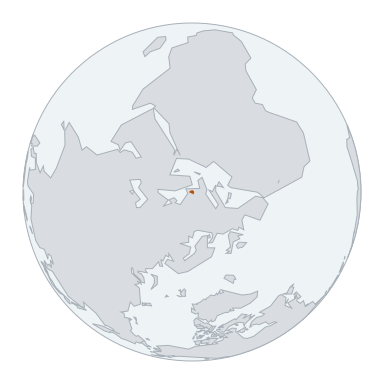 Haskovo highlighted on a globe, orthographic projection, rotated 188°
{"feature_id": "BGR-2232", "entity_name": "Haskovo", "entity_type": "Province", "adm_level": 1, "iso_a3": "BGR", "parent_name": "Bulgaria", "parent_adm1": "", "projection": "orthographic", "projection_center": [25.843, 41.878], "detail": "fine", "context": "on_globe", "style": "filled", "palette": "amber", "viewbox_px": 384, "rotation_deg": 188, "n_neighbors": 0, "source": "natural_earth", "source_scale": "10m", "svg_char_len": 11108}
<svg xmlns="http://www.w3.org/2000/svg" viewBox="0 0 384 384"><g transform="rotate(188 192 192)"><circle cx="192" cy="192" r="169" fill="#eef3f6" stroke="#a8b0b8"/><path d="M132.0,34.0L136.6,32.8L131.8,34.4L134.4,33.8L140.6,31.9L144.0,30.8L161.4,29.2L181.9,27.6L188.3,26.2L187.0,27.6L199.0,24.8L210.1,25.2L197.6,25.4L196.4,26.1L203.9,26.4L204.3,27.3L208.1,28.0L207.9,29.1L200.6,29.6L200.3,30.5L205.7,30.7L208.8,32.3L201.0,31.7L205.6,34.5L194.3,36.8L173.6,35.9L167.2,39.6L145.8,45.3L147.8,46.3L140.9,49.7L140.5,52.1L136.7,52.9L139.8,54.3L143.4,53.2L145.9,53.5L146.1,55.0L141.1,56.1L140.4,55.5L139.0,56.6L136.5,56.6L137.8,57.4L131.8,58.8L137.9,59.7L133.2,62.8L129.2,63.1L129.5,60.1L120.9,54.6L116.9,54.7L111.0,57.5L100.2,68.7L95.9,70.4L90.1,74.8L92.5,75.0L97.9,71.7L101.0,73.7L107.2,69.9L109.4,70.3L115.8,68.0L114.9,71.7L110.6,76.7L105.2,79.0L103.2,81.4L108.4,82.3L98.4,89.9L92.0,101.0L89.5,102.9L84.2,100.5L84.0,92.5L77.2,90.9L81.7,95.6L75.1,100.7L74.1,103.3L74.5,105.3L77.0,104.9L74.8,107.6L69.6,103.6L71.5,101.1L73.1,102.2L73.0,98.7L69.4,96.8L66.4,99.9L64.2,94.8L62.0,97.1L60.3,97.6L63.9,94.1L57.3,100.4L54.3,98.0L45.2,109.9L54.0,96.5L57.1,91.5L60.1,86.9L58.6,88.7L64.5,81.1L64.8,80.8L72.9,72.2L81.5,64.1L90.7,56.7L100.4,50.0L110.6,43.9L121.1,38.6L132.0,34.0ZM29.0,147.6L28.5,150.3L26.6,157.6L27.7,154.4L26.3,161.1L26.1,173.0L25.7,173.7L25.2,192.6L27.7,207.8L28.3,215.8L27.7,217.8L29.2,222.7L29.3,225.0L38.1,244.4L44.8,258.3L46.1,265.7L43.4,267.7L48.0,280.2L47.2,279.1L41.2,268.2L36.0,257.0L31.7,245.3L28.2,233.4L25.6,221.3L23.9,209.0L23.1,196.7L23.2,184.3L24.2,171.9L26.2,159.7L29.0,147.6ZM43.0,113.2L35.9,130.0L37.5,124.3L37.7,124.5L40.0,119.3L43.4,112.0L45.5,107.9L43.0,113.2ZM45.2,111.9L46.2,109.5L45.5,111.4L45.2,111.9ZM145.5,30.3L140.7,31.8L134.9,33.5L138.9,32.1L145.5,30.3ZM156.4,28.3L154.3,29.0L151.6,29.0L153.6,28.5L156.4,28.3ZM192.8,25.3L188.8,25.4L192.6,25.1L192.8,25.3ZM208.7,28.0L209.7,27.8L211.3,28.3L208.7,28.0ZM115.9,66.1L115.8,67.0L114.6,67.0L115.9,66.1ZM118.7,64.4L117.4,63.7L118.5,62.8L119.3,63.2L118.7,64.4ZM212.4,30.5L214.5,31.6L211.1,30.6L212.4,30.5ZM120.1,65.5L120.7,61.2L122.7,59.7L127.5,60.2L120.1,65.5ZM215.0,32.3L220.4,35.4L223.1,35.1L218.4,38.1L215.4,34.3L210.7,32.9L214.1,33.1L215.0,32.3ZM144.5,52.2L140.6,53.5L143.7,51.1L144.5,52.2ZM145.8,50.7L151.6,43.7L157.3,42.9L154.2,45.2L161.5,43.3L161.5,46.3L157.5,48.0L153.8,47.9L156.6,49.2L145.8,50.7ZM215.0,39.5L215.2,40.5L213.6,39.6L215.0,39.5ZM147.2,53.5L147.8,52.0L152.9,51.2L152.5,53.9L151.0,53.3L147.2,53.5ZM163.5,41.5L167.1,41.5L168.1,43.9L169.7,44.3L162.0,46.3L163.5,41.5ZM149.9,54.3L152.1,55.4L149.9,57.2L146.9,54.9L149.9,54.3ZM154.3,49.8L156.7,49.6L155.3,50.6L154.3,49.8ZM143.2,64.8L143.9,62.8L146.6,62.2L143.2,64.8ZM153.1,55.7L153.9,55.1L155.0,54.7L156.0,55.9L153.1,55.7ZM163.2,48.0L162.8,49.1L166.4,47.2L167.3,49.1L162.0,50.2L164.6,50.6L164.9,51.2L160.3,51.5L163.2,48.0ZM160.4,55.8L154.0,58.3L152.1,62.0L149.7,62.6L153.1,56.6L160.4,55.8ZM160.7,53.2L160.0,54.9L157.3,54.7L156.2,53.4L160.7,53.2ZM169.8,50.1L169.8,46.9L170.9,46.7L169.8,50.1ZM160.4,56.9L161.9,56.3L160.5,57.2L160.4,56.9ZM167.5,52.2L167.3,51.0L168.6,50.9L167.5,52.2ZM165.1,56.2L163.0,57.0L162.2,56.0L165.1,56.2ZM166.6,54.4L168.4,54.6L163.2,55.3L166.3,53.9L166.6,54.4ZM168.7,52.3L169.5,51.8L168.6,52.8L168.7,52.3ZM169.4,59.5L162.9,60.7L161.2,58.5L167.7,57.7L169.4,59.5ZM89.8,265.8L79.6,239.2L84.6,232.6L85.4,221.9L119.8,196.3L127.1,200.9L154.2,201.7L157.6,203.7L154.5,212.4L174.8,225.3L181.4,218.3L199.8,224.1L212.0,223.1L216.3,205.9L196.3,207.3L192.7,199.1L208.8,190.8L226.2,189.9L225.4,186.7L214.4,180.7L218.3,174.1L210.5,178.1L213.7,181.1L208.9,183.9L205.7,181.3L207.2,179.0L201.9,177.9L196.0,189.9L198.6,194.3L184.8,196.6L187.8,204.4L184.0,207.9L177.5,196.3L178.2,192.0L166.1,178.7L164.2,183.3L175.5,196.3L171.9,195.2L169.5,202.2L168.6,196.0L156.8,181.2L144.3,182.1L128.4,196.7L121.1,196.2L115.0,190.7L120.7,173.5L136.4,176.7L138.7,171.3L135.5,161.7L140.5,163.7L141.2,160.4L147.1,161.2L155.4,154.6L161.4,154.7L164.7,144.8L168.3,143.7L165.3,149.8L166.5,154.3L181.4,154.9L184.3,152.9L185.2,146.6L189.2,147.8L188.2,141.7L196.8,139.3L185.5,137.3L186.3,130.4L191.4,125.3L189.7,122.9L181.2,131.3L179.7,135.1L181.6,138.8L175.7,149.5L170.6,151.0L169.1,138.9L161.6,139.8L163.7,130.5L185.2,112.6L194.2,109.3L209.0,117.5L206.9,121.9L200.6,120.9L206.4,127.8L206.0,124.3L209.3,125.6L210.9,119.9L213.3,120.5L210.7,114.2L213.8,114.3L215.4,118.3L220.5,110.6L227.1,109.7L227.0,107.7L225.1,105.8L234.7,106.2L234.3,104.8L231.0,104.0L227.9,100.8L226.3,95.3L229.7,95.7L230.8,97.7L238.1,102.9L240.3,108.6L241.6,108.2L240.4,103.4L231.5,97.1L229.5,93.7L234.1,96.1L232.3,95.0L232.4,93.4L235.7,92.5L230.8,89.6L227.3,73.9L233.3,70.8L237.8,74.4L238.9,65.2L245.6,63.3L242.5,62.5L241.0,58.1L238.9,58.6L237.3,57.9L232.4,47.9L233.9,46.2L228.3,41.8L226.7,41.5L225.3,42.4L218.4,38.1L223.1,35.1L226.5,35.8L227.2,33.7L234.7,35.9L241.2,37.1L249.1,41.3L253.6,42.2L253.3,41.3L259.2,42.2L272.3,47.7L262.9,47.0L243.5,41.3L251.5,43.7L250.0,44.5L253.1,46.2L258.7,48.1L259.2,47.4L269.9,58.4L284.1,67.8L282.3,63.1L285.4,62.8L299.9,71.4L319.2,94.0L323.5,95.4L326.6,98.5L329.0,103.8L324.6,99.2L323.4,100.7L320.5,97.6L323.0,105.0L319.0,100.9L322.8,109.1L325.9,110.7L325.3,105.3L330.3,114.7L335.0,115.8L340.1,122.4L347.8,143.2L348.7,155.4L349.7,158.2L347.7,158.8L348.6,167.8L355.3,175.2L356.4,179.3L356.2,193.9L355.5,191.1L350.2,192.6L351.8,203.6L355.9,204.9L357.5,211.9L355.4,214.1L353.6,208.3L351.6,208.5L350.3,199.5L345.1,189.9L342.9,197.2L341.3,192.0L333.9,186.3L329.7,196.6L324.3,220.6L326.5,234.6L323.3,243.8L312.1,230.3L306.7,218.1L302.9,222.2L291.2,215.4L271.6,223.9L268.6,221.0L265.0,224.3L256.7,223.1L252.1,217.7L247.1,219.6L259.5,233.4L264.8,231.3L268.9,223.1L271.4,228.5L279.3,230.8L271.3,248.6L242.0,269.4L238.8,259.1L214.8,231.2L215.3,227.4L215.2,227.0L214.9,226.3L213.0,232.5L208.8,226.6L222.0,247.5L224.3,256.5L241.6,270.1L240.0,272.1L245.5,274.2L262.5,265.5L262.7,269.1L254.8,287.1L230.9,311.6L233.9,322.7L231.9,331.9L216.7,339.4L217.8,344.9L209.8,347.5L209.1,350.3L202.6,353.3L191.8,355.8L173.8,355.2L172.9,353.2L164.2,348.0L152.3,332.8L157.1,326.1L155.5,319.6L142.5,302.3L145.4,293.5L141.8,288.8L134.5,288.4L130.4,282.6L126.0,281.4L98.2,275.9L89.8,265.8ZM108.1,212.7L107.2,215.9L108.1,212.7ZM245.1,197.3L255.3,195.2L250.1,185.6L253.7,184.1L250.6,181.6L249.7,184.9L242.2,177.6L246.4,173.3L244.8,168.8L241.3,169.4L234.8,178.7L245.6,189.0L243.5,194.0L245.1,197.3ZM26.2,173.3L25.9,176.2L25.8,174.2L26.2,173.3ZM36.5,126.2L35.6,128.7L34.7,131.0L35.2,129.5L36.5,126.2ZM32.0,146.5L31.6,150.0L31.5,147.6L32.0,146.5ZM35.1,132.5L32.3,144.1L32.2,140.4L34.2,133.3L33.6,136.5L35.1,132.5ZM43.1,114.4L42.2,116.4L41.7,117.1L43.1,114.4ZM44.7,113.3L44.8,112.8L45.7,111.1L44.7,113.3ZM75.5,100.9L75.8,101.3L75.7,103.7L74.6,103.3L75.5,100.9ZM81.9,111.2L78.2,115.4L80.1,111.9L77.9,111.9L79.1,104.9L88.2,103.5L83.9,105.2L81.9,111.2ZM83.3,95.7L81.5,99.9L83.1,95.3L83.3,95.7ZM138.8,142.6L140.8,145.3L138.5,148.8L130.9,149.6L134.1,144.5L138.8,142.6ZM144.2,148.4L144.8,136.7L149.6,136.0L146.8,138.3L149.9,139.0L146.2,143.0L150.1,154.2L148.4,158.1L135.2,156.9L140.5,155.0L138.2,152.3L144.2,148.4ZM138.1,111.4L138.4,107.3L148.3,111.0L146.8,114.5L139.2,115.3L136.4,111.7L138.1,111.4ZM128.4,67.5L127.9,66.4L129.3,66.0L130.8,66.6L128.4,67.5ZM143.3,64.0L132.0,72.4L130.9,71.5L125.7,78.1L120.6,78.2L124.1,73.8L116.3,79.1L117.5,75.2L112.5,79.1L121.0,69.3L121.7,66.3L122.8,69.6L127.5,69.5L129.7,68.6L136.6,63.9L140.5,57.8L145.7,57.1L148.3,58.2L148.2,59.6L144.9,59.5L147.1,61.4L142.1,62.4L143.3,64.0ZM176.4,77.0L172.6,75.5L176.2,81.1L171.3,81.4L172.0,82.1L168.5,84.0L165.4,87.6L163.2,87.2L163.0,88.8L160.6,90.3L159.5,92.4L155.1,92.6L153.5,95.3L152.4,93.8L150.7,98.5L150.0,95.2L146.8,97.0L149.2,99.2L128.1,96.9L119.8,99.1L113.2,102.9L112.9,97.2L118.7,90.2L127.5,83.8L135.6,82.7L133.9,80.5L137.3,79.5L137.2,81.7L139.4,77.7L142.1,77.5L149.9,72.9L151.4,67.8L154.3,66.2L155.1,68.1L157.4,65.2L160.9,67.8L163.1,66.8L168.6,68.5L168.9,73.0L171.3,71.6L175.7,73.0L176.4,77.0ZM170.9,60.1L172.3,65.1L170.3,67.8L161.5,63.8L159.0,64.3L153.3,62.2L156.3,58.4L157.6,59.3L159.7,59.3L157.9,60.5L160.8,59.6L162.8,60.9L165.6,60.6L165.3,62.3L170.9,60.1ZM161.5,200.7L164.1,201.3L168.2,201.3L166.7,205.9L161.5,200.7ZM153.2,190.7L155.6,190.4L155.5,196.5L152.8,196.0L153.2,190.7ZM157.0,185.3L155.8,189.9L154.8,187.1L157.0,185.3ZM167.5,149.3L170.1,148.7L170.3,150.2L168.8,152.4L167.5,149.3ZM186.2,95.0L184.3,93.3L185.0,92.6L183.9,87.8L187.5,87.3L189.6,90.1L186.2,95.0ZM212.8,209.2L209.3,212.8L207.4,211.4L209.0,210.4L212.8,209.2ZM186.9,210.1L192.8,212.2L186.4,211.3L186.9,210.1ZM189.9,93.7L189.0,91.7L191.3,92.7L189.9,93.7ZM190.1,86.8L192.8,87.6L187.8,86.7L190.1,86.8ZM260.0,324.0L247.5,340.4L239.8,342.3L238.9,339.0L243.8,329.8L252.9,325.0L257.5,319.5L260.0,324.0ZM358.1,222.8L358.0,223.7L357.0,227.4L357.6,224.0L359.1,217.2L358.1,222.8ZM357.5,224.4L355.4,226.2L349.5,219.4L351.7,215.9L357.3,215.2L357.0,217.8L358.3,217.8L357.5,224.4ZM360.4,206.1L360.3,207.0L359.9,209.5L359.7,204.6L359.9,199.7L360.3,197.1L359.7,174.3L359.9,173.6L360.6,182.0L360.7,182.7L360.4,206.1ZM327.2,235.4L330.8,240.8L328.8,244.1L327.2,235.4ZM357.7,161.5L359.1,171.1L357.3,160.1L357.7,161.5ZM355.6,152.6L356.4,155.0L355.8,154.1L355.6,152.6ZM351.3,162.0L351.0,165.4L350.1,163.6L350.1,158.1L351.3,162.0ZM344.0,128.2L347.1,133.6L348.1,136.0L346.5,134.0L344.0,128.2ZM219.1,89.7L216.6,96.6L217.3,101.8L221.3,104.9L214.6,103.7L213.6,95.6L219.1,89.7ZM225.9,75.6L222.3,73.3L224.5,72.6L225.6,73.1L225.9,75.6ZM223.3,75.4L217.8,75.9L216.2,73.5L220.9,73.6L223.3,75.4ZM203.8,84.3L202.9,86.3L201.0,85.3L203.8,84.3ZM358.4,162.6L358.7,164.4L357.9,159.8L358.4,162.6ZM356.6,153.8L357.5,158.1L356.0,151.6L356.6,153.8ZM357.2,157.3L356.4,154.5L356.2,152.7L357.2,157.3ZM356.3,152.6L354.7,146.7L355.3,148.8L356.3,152.6ZM354.3,148.4L355.2,148.9L355.5,152.7L351.6,143.0L351.2,140.2L354.3,148.4ZM327.8,96.0L325.8,94.1L324.4,91.3L326.2,93.4L327.8,96.0ZM317.8,81.5L323.3,90.0L327.4,97.4L327.9,96.9L332.0,102.4L329.3,100.8L323.8,92.5L321.3,87.8L317.6,83.8L313.7,78.7L309.2,75.3L306.4,72.4L309.7,74.1L317.8,81.5ZM307.4,74.1L298.2,67.4L297.1,64.3L298.9,65.1L303.5,69.3L303.9,70.7L307.4,74.1ZM295.7,65.0L295.9,66.4L282.9,61.8L279.9,60.1L289.2,61.4L289.9,62.9L293.3,64.7L295.7,65.0ZM216.9,40.5L215.4,40.5L216.2,39.8L216.9,40.5ZM236.2,58.3L234.1,57.3L235.2,56.4L236.2,58.3ZM229.1,54.1L229.3,55.8L227.7,53.8L229.1,54.1ZM230.1,59.9L228.8,56.4L232.1,60.0L230.1,59.9Z" fill="#d9dde1" stroke="#a8b0b8" stroke-width="1"/><path d="M193.6,192.0L193.4,192.2L193.2,192.2L193.1,192.3L193.1,192.5L192.9,192.5L192.9,192.4L192.6,192.4L192.5,192.5L192.4,192.7L192.3,192.8L192.2,192.9L192.0,192.7L191.9,192.7L191.7,192.8L191.7,192.7L191.6,192.8L191.5,192.7L191.5,192.4L191.4,192.3L191.2,192.3L191.0,192.2L190.9,192.1L190.7,192.2L190.6,191.9L190.8,191.8L190.8,191.7L190.8,191.4L190.8,191.2L190.9,191.3L191.0,191.3L191.2,191.2L191.3,191.1L191.5,191.1L191.5,191.3L191.6,191.2L191.7,191.3L191.8,191.4L191.8,191.5L191.9,191.4L192.0,191.3L192.3,191.4L192.4,191.5L192.5,191.6L192.8,191.6L193.0,191.6L193.1,191.8L193.2,191.7L193.3,191.7L193.4,191.8L193.5,192.0L193.6,192.0Z" fill="#f59e0b" stroke="#b45309" stroke-width="1.5"/></g></svg>